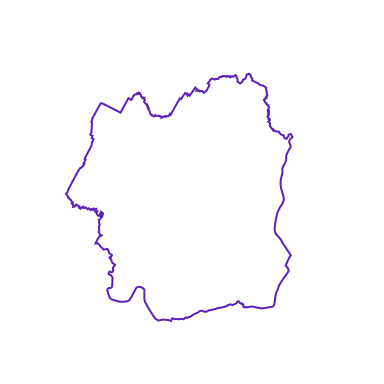 Tha Phae, Satun, Thailand, rotated 294°
{"feature_id": "78962969B83222523917082", "entity_name": "Tha Phae", "entity_type": "district", "adm_level": 2, "iso_a3": "THA", "parent_name": "Thailand", "parent_adm1": "Satun", "projection": "mercator", "projection_center": [99.941, 6.801], "detail": "fine", "context": "isolated", "style": "outline", "palette": "violet", "viewbox_px": 384, "rotation_deg": 294, "n_neighbors": 0, "source": "geoboundaries", "source_scale": "gbopen_adm2", "svg_char_len": 6026}
<svg xmlns="http://www.w3.org/2000/svg" viewBox="0 0 384 384"><g transform="rotate(294 192 192)"><path d="M301.2,162.9L300.4,163.0L297.7,162.2L297.5,163.7L297.0,164.4L294.8,164.5L293.5,164.2L290.1,164.1L289.3,163.3L287.7,162.8L287.4,162.3L287.5,161.8L288.2,161.1L288.4,160.6L287.8,158.9L287.2,158.5L287.7,157.7L287.0,157.3L286.8,156.0L287.5,155.6L286.8,155.0L287.8,155.0L287.7,154.5L288.8,152.6L279.2,150.7L279.8,149.7L278.1,148.8L278.5,148.3L279.2,148.4L280.0,147.8L279.5,147.0L279.7,145.5L272.4,144.2L272.5,142.8L253.4,141.0L253.2,140.5L253.8,140.0L252.5,139.9L251.6,139.4L251.2,138.3L250.5,137.9L250.7,137.1L250.0,136.8L249.9,136.0L247.5,134.0L248.5,133.7L248.1,132.5L248.4,131.7L247.9,131.0L247.9,130.2L247.0,128.5L247.3,127.2L245.9,127.1L245.5,126.0L245.7,124.4L246.0,124.3L245.6,123.7L246.2,123.3L246.2,122.3L248.5,120.5L249.9,118.5L250.6,118.5L250.6,117.7L251.3,117.8L251.5,117.3L252.2,117.0L252.0,116.3L252.2,115.8L252.6,115.7L252.8,116.0L253.8,115.3L253.8,113.7L254.9,111.6L255.3,111.4L256.9,111.6L257.5,111.0L257.5,110.0L258.6,110.0L258.0,109.0L258.3,109.0L258.5,108.6L258.1,107.3L260.0,105.7L260.0,105.2L260.7,104.6L260.4,104.2L261.0,104.2L261.1,103.8L261.1,102.7L260.3,102.5L260.4,102.3L259.5,101.3L258.8,101.7L257.1,99.6L251.3,99.1L251.9,95.8L235.4,94.4L236.4,76.0L236.3,73.0L236.0,72.5L218.3,71.0L217.7,71.5L215.1,71.5L214.5,72.5L205.5,75.9L203.0,75.8L202.8,78.4L200.5,78.4L200.3,80.5L197.1,80.5L193.3,81.3L178.6,80.4L178.3,81.6L174.0,81.3L174.0,82.1L172.6,81.9L171.9,82.1L171.1,81.9L170.6,81.3L169.4,81.1L168.7,80.4L167.7,79.9L161.9,79.2L147.1,78.2L143.2,78.0L141.0,78.2L139.2,77.6L137.9,80.0L137.1,80.8L136.5,80.9L136.5,82.3L135.6,83.2L135.4,84.8L134.5,85.6L134.0,87.4L133.1,87.7L132.6,87.1L131.9,88.8L130.0,89.4L131.1,90.8L132.2,90.9L132.7,91.5L133.2,91.2L133.6,91.5L132.9,92.6L133.2,93.2L133.1,94.9L131.7,95.0L131.3,96.9L132.9,97.2L133.1,98.6L133.7,98.2L134.4,98.6L134.4,98.8L133.9,99.0L133.8,100.4L134.6,101.3L134.2,101.8L133.8,103.7L135.0,104.0L135.1,104.3L134.3,106.9L134.8,107.2L135.7,107.1L136.0,108.5L137.1,109.1L136.8,109.9L136.3,109.4L135.8,109.5L137.6,111.4L137.0,111.7L136.1,111.3L135.8,111.5L134.8,111.4L134.8,111.9L135.4,112.0L135.9,113.3L133.5,113.4L132.4,115.4L132.2,116.6L132.6,117.2L134.1,117.2L134.5,117.8L134.9,117.6L134.9,116.9L136.1,117.0L136.9,116.7L137.0,117.4L136.1,118.2L136.4,119.2L135.8,119.6L135.1,118.5L134.6,119.1L134.5,119.7L133.1,120.0L132.9,119.1L132.3,119.6L131.9,119.2L130.2,119.3L128.7,118.1L126.5,119.4L124.6,121.0L122.3,121.0L119.3,122.9L117.6,122.9L115.5,125.9L115.6,127.0L114.7,126.5L114.0,125.4L108.4,124.8L105.8,124.8L106.7,126.2L106.8,126.7L106.3,127.6L106.2,128.7L105.2,130.0L104.6,131.5L104.4,132.6L103.4,134.4L104.4,136.4L105.6,137.6L105.6,137.9L104.5,139.5L102.5,141.1L101.7,144.6L99.5,144.5L99.1,144.1L99.0,143.3L98.5,143.3L97.2,145.9L96.0,146.7L94.7,148.6L94.3,151.3L93.9,151.4L92.6,150.9L90.6,150.6L89.7,150.8L88.4,152.0L87.3,152.0L86.4,151.8L85.9,151.2L86.0,149.6L85.6,148.9L83.4,148.9L83.0,149.3L83.1,151.1L82.8,152.2L81.9,153.7L81.2,154.4L73.5,157.3L72.2,157.4L71.4,156.8L70.0,154.7L69.2,154.3L68.3,154.4L67.4,154.8L63.7,158.1L61.7,160.3L61.2,162.7L62.0,168.8L62.8,171.6L64.0,174.4L66.0,177.5L67.6,178.6L71.9,179.4L81.3,180.0L82.2,180.4L83.5,181.6L84.2,183.2L84.4,184.4L84.1,186.8L83.3,188.3L75.4,191.7L72.5,193.7L67.0,201.1L61.9,209.0L61.3,210.5L60.9,213.6L63.7,217.4L65.4,222.6L65.7,225.4L68.5,225.3L68.9,227.6L70.7,232.3L71.6,233.2L72.4,236.2L73.9,236.6L75.1,237.5L75.0,238.8L76.5,240.1L76.9,240.8L81.0,243.4L84.4,246.5L86.1,247.3L86.9,248.2L87.6,249.3L87.6,251.5L88.5,253.8L89.3,254.7L90.8,255.4L91.7,257.1L94.7,261.0L96.7,263.1L100.4,268.6L104.4,272.0L105.0,272.9L105.2,275.0L108.4,277.9L110.3,278.0L111.2,279.1L110.2,280.5L110.1,281.5L110.4,282.1L109.9,282.6L110.4,283.5L110.0,283.7L109.9,284.7L108.6,285.1L108.6,285.5L108.0,286.1L108.0,286.8L108.8,287.8L108.7,288.6L109.2,288.9L109.1,289.3L110.4,291.0L111.9,293.9L113.1,299.7L113.7,300.7L113.5,301.6L114.3,303.6L120.3,312.6L121.7,313.0L123.8,312.7L131.2,310.5L134.8,309.9L138.2,310.0L141.7,309.5L148.1,310.3L157.7,312.3L159.7,312.3L161.9,309.9L162.9,307.4L171.5,307.5L174.4,308.0L181.5,296.6L184.8,292.3L187.9,285.7L189.2,284.2L191.9,282.4L200.1,280.0L208.0,278.4L213.6,278.6L218.2,279.3L222.1,279.1L224.4,277.9L231.2,272.2L234.8,269.9L239.2,268.1L246.7,266.7L250.3,264.8L258.4,265.2L260.4,264.7L263.2,263.4L264.5,263.2L270.4,263.3L272.5,264.0L274.4,263.2L277.0,260.6L278.1,260.1L280.0,260.1L283.0,261.5L285.1,258.9L284.5,257.6L283.6,257.0L281.9,257.3L279.9,256.7L279.1,256.8L278.8,256.2L278.8,255.0L279.7,253.5L281.0,252.9L280.8,250.0L281.5,248.0L282.5,246.6L281.7,245.0L281.4,242.4L281.0,241.7L281.4,241.0L282.3,240.8L282.4,240.1L282.1,239.9L282.0,239.4L283.2,238.0L283.5,236.9L284.1,236.1L285.2,236.2L285.6,235.6L286.7,235.2L287.2,233.2L287.9,233.5L288.7,233.3L289.4,233.9L290.1,233.6L290.3,233.2L290.0,232.0L290.8,231.8L291.2,230.7L292.2,230.1L292.5,230.1L292.9,230.8L294.0,230.9L294.3,230.6L294.6,229.5L295.1,229.5L295.5,229.9L296.2,229.0L296.4,229.7L296.8,229.6L296.8,229.2L297.6,228.9L297.5,228.3L297.7,227.9L300.4,228.0L301.1,227.7L301.1,227.2L302.0,226.0L302.3,226.1L302.2,225.3L302.6,224.9L302.4,224.4L303.2,224.0L303.6,222.5L304.7,220.9L305.1,221.0L305.5,220.3L306.2,220.7L307.0,220.5L307.9,221.7L308.2,221.4L308.8,221.4L309.4,220.9L310.0,221.5L310.5,221.3L310.9,221.6L312.1,220.4L313.8,219.5L314.3,219.5L316.0,217.6L317.6,217.1L318.1,213.3L317.5,211.0L318.2,208.3L318.3,201.7L318.8,201.2L319.9,201.2L321.3,198.7L322.6,198.2L323.1,196.4L323.1,195.7L322.6,195.5L321.5,194.1L320.0,194.6L317.3,194.6L316.8,194.4L315.5,193.0L313.1,193.1L310.8,191.8L311.3,188.8L313.8,187.5L314.9,185.9L316.3,185.1L316.5,184.3L315.7,183.6L314.5,183.2L314.4,182.3L313.6,181.7L313.5,181.1L312.2,180.3L312.2,180.0L313.2,179.4L312.5,178.5L312.5,177.4L311.3,177.0L311.3,176.2L311.6,175.6L310.7,174.1L310.6,172.9L309.2,172.4L309.1,171.5L308.2,170.4L305.9,170.0L305.8,169.3L305.0,168.1L305.1,167.7L304.3,167.4L303.9,166.6L304.1,165.6L303.4,163.6L301.2,162.9Z" fill="none" stroke="#5b21b6" stroke-width="2"/></g></svg>